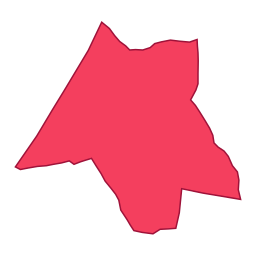 outline of Puxinanã, Paraíba, Brazil
{"feature_id": "56859067B54792005713933", "entity_name": "Puxinanã", "entity_type": "district", "adm_level": 2, "iso_a3": "BRA", "parent_name": "Brazil", "parent_adm1": "Paraíba", "projection": "natural_earth1", "projection_center": [-35.958, -7.148], "detail": "fine", "context": "isolated", "style": "filled", "palette": "rose", "viewbox_px": 256, "rotation_deg": 0, "n_neighbors": 0, "source": "geoboundaries", "source_scale": "gbopen_adm2", "svg_char_len": 954}
<svg xmlns="http://www.w3.org/2000/svg" viewBox="0 0 256 256"><path d="M240.6,199.4L238.3,189.7L238.9,180.1L237.4,171.9L232.4,165.7L228.3,156.4L224.1,151.1L218.1,147.1L214.0,142.9L212.8,135.3L209.6,128.2L204.8,120.2L199.5,111.7L195.4,105.4L190.6,99.9L195.9,90.0L198.0,83.8L198.0,73.5L198.2,61.0L198.0,52.9L197.4,45.9L197.1,39.5L189.5,42.1L179.5,41.2L170.4,40.1L161.2,41.9L154.7,43.6L150.2,47.6L142.8,50.0L135.5,49.6L129.7,50.0L125.7,45.9L119.7,41.5L114.6,35.6L109.4,28.5L101.7,22.2L88.3,50.4L64.8,89.6L52.3,110.0L40.9,129.1L36.7,136.1L15.4,166.9L20.4,169.5L28.1,168.0L37.5,166.4L46.4,165.7L53.4,164.3L61.6,162.9L69.3,160.9L74.0,164.3L80.5,161.8L85.8,160.1L91.5,158.4L96.2,166.0L101.1,173.6L105.2,181.2L111.1,188.4L115.6,194.2L118.8,200.1L120.8,210.1L127.2,219.8L130.3,225.1L133.9,230.6L142.2,232.4L153.0,233.8L160.1,229.3L168.1,228.9L175.8,228.3L179.3,212.8L181.7,188.7L203.0,193.1L240.6,199.4Z" fill="#f43f5e" stroke="#9f1239" stroke-width="1.5"/></svg>